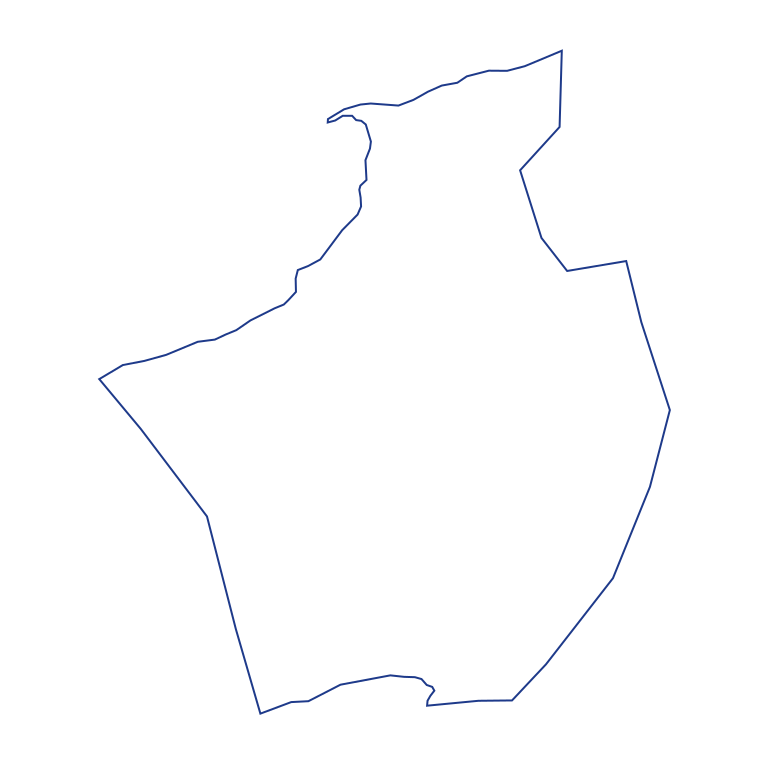 Accra Metropolis, Greater Accra, Ghana (Natural Earth projection), rotated 177°
{"feature_id": "2480657B11720749290533", "entity_name": "Accra Metropolis", "entity_type": "district", "adm_level": 2, "iso_a3": "GHA", "parent_name": "Ghana", "parent_adm1": "Greater Accra", "projection": "natural_earth1", "projection_center": [-0.21, 5.545], "detail": "fine", "context": "isolated", "style": "outline", "palette": "blue", "viewbox_px": 768, "rotation_deg": 177, "n_neighbors": 0, "source": "geoboundaries", "source_scale": "gbopen_adm2", "svg_char_len": 1120}
<svg xmlns="http://www.w3.org/2000/svg" viewBox="0 0 768 768"><g transform="rotate(177 384 384)"><path d="M121.4,423.3L123.8,432.3L135.7,494.1L195.2,487.3L219.1,521.6L236.9,590.3L195.2,631.5L189.0,707.5L226.8,694.0L244.7,690.3L262.9,691.4L274.3,689.1L285.2,686.9L295.0,681.0L310.7,679.0L324.8,673.6L339.7,666.2L355.0,661.3L382.6,664.8L392.9,664.3L409.5,660.4L426.1,651.5L426.5,648.1L418.9,649.7L411.2,654.0L401.8,653.5L398.0,649.0L392.9,648.0L388.6,644.1L384.4,626.8L385.7,619.8L390.8,608.5L390.8,588.7L397.2,583.3L398.5,579.3L397.6,571.4L397.6,562.5L401.5,554.6L417.7,539.8L441.1,511.7L453.8,505.7L464.1,502.3L466.7,493.9L467.1,480.6L475.2,472.7L479.9,468.6L489.3,465.3L514.0,454.5L528.7,445.5L539.5,441.7L550.6,437.2L567.8,435.9L600.0,424.5L622.1,419.6L643.8,416.6L668.1,403.8L629.2,351.8L567.7,261.0L544.8,147.1L524.7,61.3L493.3,71.2L476.1,71.2L443.2,86.0L392.9,92.7L379.2,90.5L368.5,89.6L362.0,87.4L357.1,81.2L351.7,79.0L349.8,75.1L354.0,70.2L357.1,65.4L357.8,60.5L306.3,62.7L272.7,61.3L236.9,95.6L207.1,130.0L165.5,178.1L123.8,267.4L99.9,343.0L121.4,423.3Z" fill="none" stroke="#1e3a8a" stroke-width="2"/></g></svg>